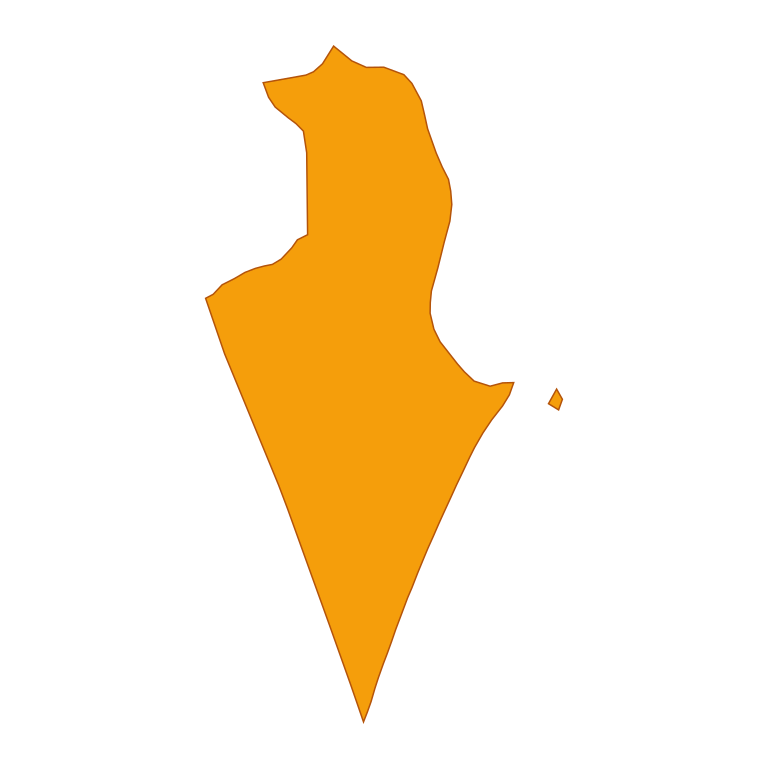 outline of Balneário Barra do Sul, Santa Catarina, Brazil
{"feature_id": "56859067B13667370892418", "entity_name": "Balneário Barra do Sul", "entity_type": "district", "adm_level": 2, "iso_a3": "BRA", "parent_name": "Brazil", "parent_adm1": "Santa Catarina", "projection": "equal_earth", "projection_center": [-48.641, -26.454], "detail": "fine", "context": "isolated", "style": "filled", "palette": "amber", "viewbox_px": 768, "rotation_deg": 0, "n_neighbors": 0, "source": "geoboundaries", "source_scale": "gbopen_adm2", "svg_char_len": 1190}
<svg xmlns="http://www.w3.org/2000/svg" viewBox="0 0 768 768"><path d="M363.5,721.9L367.3,712.2L371.1,701.5L374.9,688.4L378.4,677.6L383.3,663.8L387.2,653.6L391.5,641.7L395.8,629.2L401.8,613.3L407.6,597.8L411.9,587.8L417.5,573.4L424.1,557.4L427.9,548.3L433.3,536.3L438.4,524.6L442.5,515.5L450.7,497.7L456.6,484.7L462.9,471.6L469.7,457.2L474.5,447.6L483.0,432.8L491.8,419.7L502.6,405.9L509.4,394.8L513.7,382.6L502.6,382.9L490.1,386.2L474.1,381.1L464.3,371.8L457.5,364.0L440.1,341.8L433.9,329.2L430.1,313.2L430.3,302.6L431.4,291.0L437.9,267.7L444.2,242.2L449.9,221.1L451.8,204.5L450.7,191.0L448.5,179.4L442.2,167.0L436.1,152.8L427.6,128.8L424.6,115.1L421.3,100.9L411.9,83.4L403.9,74.7L383.8,67.2L366.3,67.4L351.8,60.9L333.6,46.1L322.5,63.8L313.5,71.8L305.9,75.1L263.2,82.7L268.6,97.3L275.2,107.1L288.5,118.0L296.1,123.7L303.4,131.1L306.7,152.8L307.6,234.7L297.4,239.8L291.8,247.8L281.2,259.1L272.4,264.4L264.3,266.0L255.3,268.4L245.0,272.4L234.4,278.6L222.1,284.8L213.2,294.3L205.6,298.3L224.6,353.8L278.7,485.3L287.7,509.1L329.3,624.6L350.5,684.2L357.8,705.3L363.5,721.9ZM562.4,399.3L556.6,389.1L548.5,403.7L558.6,409.9L562.4,399.3Z" fill="#f59e0b" stroke="#b45309" stroke-width="1.5"/></svg>